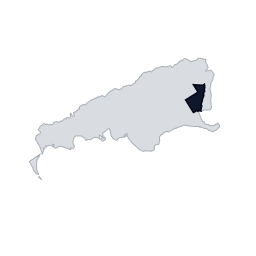 Argentina, with Chaco highlighted, rotated 58°
{"feature_id": "ARG-1306", "entity_name": "Chaco", "entity_type": "Province", "adm_level": 1, "iso_a3": "ARG", "parent_name": "Argentina", "parent_adm1": "", "projection": "natural_earth1", "projection_center": [-59.946, -26.062], "detail": "fine", "context": "in_parent", "style": "filled", "palette": "ink", "viewbox_px": 256, "rotation_deg": 58, "n_neighbors": 0, "source": "natural_earth", "source_scale": "10m", "svg_char_len": 5527}
<svg xmlns="http://www.w3.org/2000/svg" viewBox="0 0 256 256"><g transform="rotate(58 128 128)"><path d="M155.9,78.0L154.5,80.5L154.8,82.2L153.6,86.2L153.9,87.0L152.8,88.9L153.2,90.9L152.7,92.9L152.9,95.4L152.5,96.1L151.6,96.3L151.0,99.8L151.7,103.1L151.1,103.7L152.3,106.1L156.0,108.2L157.9,110.4L157.9,111.3L156.9,112.6L156.8,113.7L157.4,115.3L158.3,116.2L160.1,116.8L160.3,119.0L160.0,120.4L156.6,125.3L155.9,127.4L152.7,129.6L144.4,132.1L138.1,133.0L134.4,132.8L132.0,131.8L132.2,134.6L133.4,135.4L132.8,135.4L133.3,136.0L133.0,138.2L132.2,138.6L131.7,140.5L131.7,142.1L132.5,143.5L131.8,144.8L129.0,146.2L125.7,146.5L119.6,144.3L119.8,144.0L119.5,143.9L118.5,144.3L118.2,146.2L118.9,149.0L118.7,151.5L119.1,152.3L121.3,153.3L121.2,154.3L121.9,154.4L123.5,154.1L123.7,153.3L122.8,153.0L124.9,152.4L125.8,153.4L125.9,156.0L125.5,156.7L123.8,157.1L123.4,157.0L122.4,155.2L121.6,154.9L119.2,155.8L119.0,156.4L122.5,157.7L119.9,159.0L118.0,161.4L118.0,165.8L117.6,167.0L116.2,168.1L116.0,168.9L116.5,169.4L116.3,170.2L113.6,170.0L111.7,171.3L110.0,171.8L107.0,176.6L107.5,179.0L111.1,182.5L115.6,183.4L116.2,184.5L116.0,185.9L115.5,186.7L113.9,187.5L115.3,187.5L115.9,188.1L108.2,194.3L107.2,196.1L106.9,199.7L106.3,200.5L104.7,201.2L103.6,200.5L102.7,199.1L102.8,200.2L101.3,200.6L103.1,200.7L104.0,201.5L101.6,202.9L100.9,204.1L100.7,205.8L99.8,206.8L100.5,206.6L101.3,209.9L99.4,210.1L101.8,210.7L104.6,214.4L104.4,214.7L104.3,214.3L97.3,212.6L87.9,212.4L87.9,211.9L85.7,209.8L86.1,208.4L85.7,207.2L86.1,206.1L85.7,204.7L84.9,204.3L81.9,205.0L80.0,201.4L80.1,199.4L79.5,198.1L79.9,196.5L81.5,196.4L81.8,194.7L83.8,193.3L83.7,191.7L84.8,190.7L85.1,189.9L83.9,187.8L84.6,185.4L86.6,183.7L86.3,181.4L87.4,180.3L86.4,177.3L87.5,176.0L86.9,175.3L86.9,173.7L88.0,173.3L88.7,171.6L87.4,170.1L85.3,169.6L85.1,168.8L89.0,168.7L89.4,167.5L89.1,166.8L86.2,166.4L86.1,164.7L86.7,163.6L86.1,162.5L86.3,161.5L85.5,160.0L86.2,159.3L84.2,157.8L84.1,155.3L84.5,154.6L84.2,153.3L85.9,152.0L85.0,149.5L84.9,144.8L84.6,143.6L85.6,141.7L85.0,140.4L85.8,139.4L85.4,137.0L86.3,136.8L86.8,132.7L89.0,131.5L89.4,130.6L87.7,125.4L87.8,123.4L87.4,122.5L87.8,121.3L87.3,119.6L88.0,117.6L89.5,116.8L89.6,116.1L91.1,114.8L91.0,111.4L90.2,109.7L91.0,109.0L91.5,106.5L92.6,103.7L93.6,103.3L93.3,100.2L93.6,97.4L92.2,96.9L92.5,94.9L92.0,94.4L91.7,92.3L90.7,90.5L90.6,89.6L91.1,89.1L90.1,88.4L89.4,86.7L89.5,85.1L89.6,84.0L90.7,83.2L90.5,82.5L91.3,79.2L92.4,79.1L92.9,77.9L92.3,77.3L92.5,75.4L91.9,72.6L92.9,71.2L93.6,66.9L96.1,63.8L97.7,59.0L99.0,58.9L100.4,57.9L98.9,54.7L99.8,52.7L98.8,48.5L99.0,47.0L99.8,46.1L98.9,44.5L99.1,43.2L100.5,41.7L105.1,39.5L106.8,33.0L105.8,31.9L108.3,28.1L110.1,27.4L110.9,25.5L113.3,27.3L117.3,27.4L119.4,28.2L120.9,31.9L123.0,26.9L128.6,26.7L129.8,28.5L132.0,30.6L133.5,33.4L138.2,37.7L144.1,39.8L147.8,42.8L152.1,45.2L154.2,45.8L155.9,47.6L156.2,48.8L155.3,49.9L154.6,51.8L153.4,52.9L152.9,54.2L153.0,55.7L150.7,58.9L150.8,60.0L153.1,59.7L158.6,61.0L161.2,61.0L162.0,61.5L163.5,60.0L165.8,60.6L167.3,58.1L168.8,57.6L170.5,55.8L171.3,53.7L171.6,49.1L172.5,49.4L174.0,48.8L175.4,49.7L176.5,53.6L176.2,57.3L175.6,58.8L173.9,59.6L173.0,60.7L170.4,61.5L168.9,63.5L165.7,65.6L165.9,66.7L164.8,66.6L159.4,74.3L155.9,78.0ZM104.1,229.5L103.6,216.5L105.5,219.0L104.6,218.9L104.4,220.1L105.9,220.3L106.7,221.9L110.1,224.7L115.1,227.6L119.9,228.4L118.6,229.8L113.9,230.5L111.1,229.8L104.1,229.5ZM121.9,229.3L123.3,228.8L126.2,228.7L122.4,229.8L121.9,229.3ZM134.1,133.9L134.0,134.5L133.2,133.6L134.1,133.9Z" fill="#d9dde1" stroke="#a8b0b8" stroke-width="1"/><path d="M152.1,57.3L151.9,57.5L151.6,57.6L151.5,57.8L151.5,58.0L151.4,58.1L151.3,58.3L151.2,58.4L151.0,58.5L151.0,58.8L150.8,58.8L150.6,58.9L150.6,59.0L150.6,59.3L150.8,59.4L150.8,59.6L150.8,60.0L150.6,60.1L150.4,60.3L150.0,60.5L149.9,60.6L149.4,61.0L149.3,61.3L149.4,61.5L149.5,61.9L149.6,62.1L149.7,62.3L149.7,62.5L149.7,62.9L149.6,63.2L149.6,63.3L149.6,63.6L149.6,63.8L149.5,64.3L145.7,64.3L143.4,64.3L139.7,64.3L134.7,64.3L134.7,63.1L134.7,56.7L134.7,53.4L134.7,52.7L134.6,50.2L134.4,49.6L125.9,49.6L127.5,47.4L131.4,41.8L131.3,40.0L132.5,40.5L132.9,40.5L133.0,40.6L133.1,40.8L133.4,41.0L133.6,41.2L133.7,41.3L133.8,41.3L134.0,41.3L134.3,41.4L134.5,41.5L134.7,41.8L134.9,42.2L134.9,42.3L135.0,42.3L135.0,42.2L135.1,42.3L135.3,42.3L135.4,42.5L135.5,42.6L135.7,42.8L135.8,42.9L136.0,43.1L136.3,43.2L136.5,43.2L136.6,43.3L136.9,43.3L137.0,43.3L137.3,43.4L137.3,43.5L137.5,43.7L137.6,43.8L137.6,44.0L137.8,44.4L137.8,44.5L138.0,44.8L138.9,45.5L139.0,45.6L139.4,45.9L139.4,46.0L139.6,46.0L139.9,46.3L140.1,46.4L140.2,46.5L140.4,46.6L140.5,46.6L140.7,46.8L140.8,46.7L140.9,46.8L141.0,46.8L141.1,47.1L141.2,47.3L141.3,47.4L141.4,47.5L141.5,47.6L141.7,47.8L141.8,48.0L142.0,48.3L142.0,48.5L142.3,48.6L142.4,48.8L142.4,49.0L142.5,49.2L142.6,49.4L142.6,49.5L142.8,49.6L143.0,49.7L143.2,49.8L143.3,49.8L143.4,50.0L143.5,50.1L143.8,50.2L143.9,50.3L144.1,50.5L144.3,50.6L144.3,50.8L144.5,51.0L144.8,51.3L145.1,51.8L145.3,51.8L145.3,52.2L145.3,52.4L145.3,52.5L145.5,52.6L145.8,52.7L146.0,52.7L146.2,52.8L146.3,52.8L146.5,52.9L146.6,53.0L146.7,53.3L146.8,53.4L146.8,53.5L146.9,53.8L147.0,53.9L147.3,53.9L147.5,53.9L147.8,53.7L148.0,53.6L148.1,53.8L148.3,54.0L148.5,54.0L148.9,54.2L149.0,54.3L149.3,54.6L149.4,54.8L149.5,54.9L149.5,55.0L149.8,55.1L149.9,55.3L150.1,55.4L150.1,55.5L150.3,55.5L150.5,55.7L150.6,55.8L151.0,56.1L151.1,56.3L151.2,56.5L151.5,56.7L151.5,56.8L151.6,57.0L151.8,57.1L152.0,57.1L152.0,57.3L152.1,57.3Z" fill="#0f172a" stroke="#020617" stroke-width="1.5"/></g></svg>